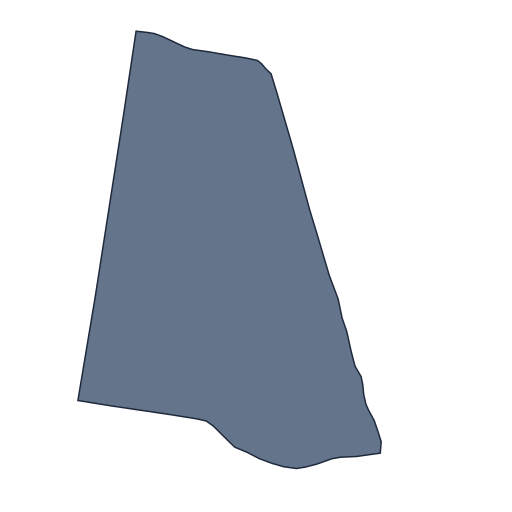 the district of Haut-Komo, Wouleu-Ntem, Gabon, rotated 279°
{"feature_id": "22940354B77871710228177", "entity_name": "Haut-Komo", "entity_type": "district", "adm_level": 2, "iso_a3": "GAB", "parent_name": "Gabon", "parent_adm1": "Wouleu-Ntem", "projection": "equal_earth", "projection_center": [10.636, 0.825], "detail": "fine", "context": "isolated", "style": "filled", "palette": "slate", "viewbox_px": 512, "rotation_deg": 279, "n_neighbors": 0, "source": "geoboundaries", "source_scale": "gbopen_adm2", "svg_char_len": 821}
<svg xmlns="http://www.w3.org/2000/svg" viewBox="0 0 512 512"><g transform="rotate(279 256 256)"><path d="M438.3,242.4L442.4,236.4L446.6,231.6L449.4,226.8L450.0,215.4L450.0,196.5L450.3,177.9L450.0,161.3L451.3,152.7L454.7,141.1L458.1,129.5L459.8,120.9L459.8,113.3L459.3,102.4L374.3,103.1L192.1,103.6L85.4,102.7L85.3,137.4L85.9,193.5L85.9,221.8L85.3,232.5L81.4,240.4L72.9,252.2L67.5,259.7L63.8,265.1L60.7,277.9L56.3,291.2L53.7,304.2L52.2,316.4L52.4,329.1L55.3,337.9L60.2,349.1L67.5,362.4L70.5,371.0L73.7,386.6L78.5,402.3L80.7,409.6L92.1,408.7L100.6,404.5L111.8,398.6L121.5,391.2L126.9,387.7L136.0,384.1L145.8,381.5L153.3,378.7L162.7,371.0L176.7,364.9L195.7,357.4L208.1,350.8L226.5,343.8L248.1,331.5L286.7,313.1L310.6,301.5L366.5,276.5L419.4,251.6L438.3,242.4Z" fill="#64748b" stroke="#1e293b" stroke-width="1.5"/></g></svg>